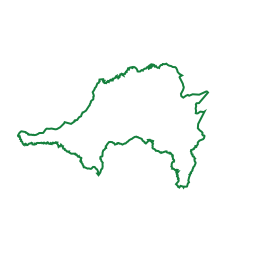 São João d'Aliança, Goiás, Brazil, rotated 218°
{"feature_id": "56859067B77491751884475", "entity_name": "São João d'Aliança", "entity_type": "district", "adm_level": 2, "iso_a3": "BRA", "parent_name": "Brazil", "parent_adm1": "Goiás", "projection": "albers", "projection_center": [-47.424, -14.432], "detail": "fine", "context": "isolated", "style": "outline", "palette": "green", "viewbox_px": 256, "rotation_deg": 218, "n_neighbors": 0, "source": "geoboundaries", "source_scale": "gbopen_adm2", "svg_char_len": 5867}
<svg xmlns="http://www.w3.org/2000/svg" viewBox="0 0 256 256"><g transform="rotate(218 128 128)"><path d="M117.8,202.7L121.0,202.3L123.5,202.8L125.0,204.0L127.1,205.0L128.3,205.0L130.3,203.6L132.1,203.4L133.9,202.5L135.5,202.2L137.4,202.3L138.2,201.0L140.0,199.8L139.9,198.7L140.7,198.0L140.9,197.3L140.9,195.5L140.5,194.6L141.2,194.5L141.5,193.8L143.3,193.5L144.1,194.0L144.8,192.8L145.4,193.0L146.1,193.8L147.0,193.5L147.0,192.0L148.2,192.9L148.8,192.6L149.2,191.8L148.3,190.6L147.3,190.2L147.0,189.6L148.4,188.6L147.8,188.3L148.1,187.6L148.8,188.2L149.0,189.3L149.7,189.7L150.0,188.1L150.5,187.3L150.2,186.6L150.4,185.9L151.4,185.0L152.0,182.9L151.7,182.4L153.0,181.9L153.2,180.1L154.5,178.9L155.3,178.5L155.8,179.0L157.9,180.0L160.3,180.0L161.2,179.3L161.3,178.7L161.8,179.0L162.3,178.4L162.0,177.8L163.0,177.6L163.7,176.7L164.1,175.9L163.6,175.6L163.3,174.7L164.5,174.6L164.1,173.8L164.1,171.9L163.6,171.3L164.2,170.9L163.7,168.9L164.2,168.7L164.2,168.1L164.7,167.4L165.3,167.2L164.1,166.5L165.4,166.3L166.4,166.5L167.1,165.6L166.7,164.6L167.0,163.5L166.7,162.5L166.1,162.7L166.3,161.3L166.8,161.6L167.7,161.1L168.1,161.6L168.7,161.5L169.0,162.1L169.3,161.4L169.0,159.4L169.8,157.9L169.5,156.7L170.1,156.9L170.0,156.3L170.8,156.0L171.3,155.4L170.5,155.0L171.4,154.3L171.6,153.5L172.5,152.9L171.6,152.2L173.0,151.4L172.8,149.9L173.8,149.4L174.1,149.0L175.5,149.0L176.0,149.3L175.3,149.9L175.5,150.6L176.0,150.1L177.0,150.9L177.3,150.4L177.8,151.0L180.3,148.6L179.7,147.6L179.0,147.2L179.2,146.6L178.9,145.5L179.6,144.3L178.5,140.8L178.7,138.9L178.3,138.3L178.0,136.4L177.9,134.5L175.1,132.7L174.5,131.9L174.5,131.0L173.8,130.5L173.0,129.1L173.6,127.1L173.6,126.0L173.0,125.2L172.7,123.2L172.1,122.2L172.3,121.4L171.8,115.8L172.6,113.4L173.4,112.2L173.0,111.5L173.0,110.3L172.2,108.4L173.2,106.3L173.0,103.1L173.7,102.1L174.5,101.6L174.7,100.9L174.1,100.4L175.4,96.2L181.5,93.6L181.2,92.2L181.9,86.8L183.4,83.3L184.5,82.2L187.9,80.5L189.6,78.8L191.6,77.5L192.0,76.3L191.8,72.0L192.8,71.0L194.8,69.5L195.1,68.3L196.2,66.0L197.7,64.5L198.4,64.4L199.2,63.5L200.0,63.3L201.8,61.7L202.6,62.0L203.0,61.5L203.6,61.9L204.2,61.9L205.3,61.4L206.1,61.8L209.9,59.8L210.2,59.3L210.5,57.3L210.1,54.4L209.5,53.9L208.7,53.9L208.3,54.8L206.6,53.6L206.3,52.8L205.0,53.0L204.5,52.5L204.3,51.8L202.9,52.0L201.5,51.0L199.9,50.6L199.3,52.0L198.6,51.4L198.4,52.5L197.1,52.3L196.7,52.7L196.3,54.8L195.3,55.9L195.0,56.8L194.5,56.7L194.0,57.1L193.2,56.3L191.8,57.1L191.3,57.6L191.7,58.4L190.5,58.9L190.7,59.8L190.3,60.4L188.3,61.8L187.0,63.2L186.3,63.1L185.5,64.3L184.9,64.1L184.8,64.9L183.4,65.1L182.7,65.5L182.9,66.3L182.6,67.2L182.0,67.3L181.1,66.8L179.9,67.3L179.8,68.0L179.3,67.7L178.3,68.3L178.9,68.9L177.5,69.9L177.9,70.3L176.0,71.5L176.1,72.3L174.8,73.0L174.7,72.0L173.0,71.8L171.1,70.4L171.0,71.0L170.5,71.4L170.8,71.8L170.1,72.6L170.5,73.6L169.7,73.5L168.6,73.0L168.0,73.5L167.7,72.8L166.4,71.9L165.1,72.6L164.2,71.8L162.6,72.2L161.4,71.9L160.0,73.2L159.7,72.5L157.0,72.8L153.9,75.2L153.5,74.7L152.6,74.8L152.2,75.4L149.9,74.6L149.4,75.0L149.3,75.6L148.5,75.1L146.4,75.7L146.0,75.2L145.9,74.3L145.2,73.7L145.4,73.2L144.2,72.8L144.5,72.3L141.6,71.7L141.3,71.2L139.7,70.7L139.3,70.1L138.6,69.8L137.9,70.4L134.9,71.1L134.0,72.0L132.3,72.8L131.8,73.4L131.6,75.8L130.5,76.6L129.8,76.7L128.3,76.2L126.8,76.3L124.7,75.2L123.9,74.4L123.9,73.7L124.3,73.2L122.2,72.7L122.4,75.8L123.6,78.8L123.3,80.2L124.3,82.1L126.0,84.0L126.5,85.1L128.7,85.6L130.1,86.8L130.8,86.6L131.9,88.1L131.7,88.8L131.0,89.4L130.9,90.2L132.9,93.0L133.7,95.1L133.2,96.6L133.4,98.1L132.9,98.8L134.3,99.9L134.1,100.9L134.4,102.1L134.3,105.2L133.4,106.1L131.6,107.2L130.4,107.1L129.6,107.5L128.1,106.9L126.8,108.8L127.1,109.5L126.1,110.5L125.2,110.3L123.9,111.2L122.2,111.5L121.0,113.9L120.4,114.3L120.0,116.8L119.7,117.3L119.6,118.9L118.8,121.0L118.3,121.6L117.9,123.3L117.2,125.1L116.0,126.4L115.1,126.4L114.7,126.9L113.8,126.9L110.5,127.9L108.6,127.0L106.4,127.2L105.9,126.7L104.4,126.8L103.9,130.7L104.8,131.0L103.5,132.2L102.6,132.1L102.3,131.6L101.4,132.0L101.7,132.6L100.2,133.2L99.9,132.5L100.2,131.3L98.5,130.9L98.2,129.5L97.1,128.6L96.6,127.5L95.8,127.2L93.9,127.7L92.0,127.2L91.5,127.8L90.8,127.9L89.8,128.6L87.8,128.5L87.1,129.2L86.5,128.8L83.9,132.8L83.2,133.3L82.7,132.8L82.0,132.8L80.8,133.4L79.8,134.4L78.9,134.4L78.9,133.8L78.0,134.3L77.1,133.9L76.0,134.1L75.4,133.6L75.6,132.9L73.8,131.8L73.5,131.2L72.0,131.1L71.4,130.5L71.1,129.8L71.6,129.5L71.9,128.0L71.4,126.5L70.3,125.1L70.1,124.3L68.8,124.2L68.4,123.8L68.2,123.1L66.5,124.0L64.8,123.8L63.9,125.1L63.3,125.4L63.2,123.5L62.9,123.1L61.5,124.7L61.4,122.9L61.7,122.2L61.1,121.6L60.0,121.6L59.6,121.2L59.9,120.6L59.6,120.0L58.0,119.9L57.7,119.2L56.9,119.1L57.0,118.4L56.0,118.1L55.6,117.6L55.4,117.0L55.6,113.3L52.9,113.0L52.5,112.5L50.9,112.7L51.0,114.7L48.7,115.7L47.6,115.3L47.8,116.3L46.0,117.6L45.5,118.3L46.7,121.2L46.5,122.8L48.1,123.7L49.6,127.0L50.1,128.8L50.8,129.1L50.4,129.8L51.0,130.8L50.6,131.3L51.2,131.9L51.0,134.1L51.6,134.8L51.9,136.4L52.4,137.1L52.2,138.7L53.0,141.7L53.6,142.5L54.7,142.7L56.2,144.0L56.5,144.4L56.3,145.2L57.0,145.3L58.5,146.0L59.3,145.6L60.0,145.8L60.8,146.9L61.4,146.6L62.3,146.9L63.1,148.0L64.0,148.2L64.7,149.5L63.6,150.9L63.6,151.6L63.2,152.0L63.5,152.4L63.4,153.2L63.2,154.1L62.8,154.6L63.5,154.8L63.8,155.2L62.8,156.3L63.0,158.3L63.9,159.2L64.1,159.8L63.9,162.1L61.9,165.5L61.9,166.9L62.8,168.8L63.6,168.9L64.5,168.3L65.5,168.6L66.2,170.0L67.6,170.4L69.9,170.3L72.8,170.8L75.2,174.4L77.8,188.0L78.1,187.2L81.1,185.4L82.0,182.6L82.6,181.9L83.7,181.4L85.0,183.5L86.8,185.1L87.7,187.2L89.1,188.4L89.2,189.7L87.4,191.3L86.8,205.2L88.1,205.4L88.8,205.0L92.4,198.1L97.8,194.4L99.7,191.1L101.2,190.9L102.2,189.1L103.1,186.0L103.9,185.9L105.7,186.0L107.3,187.5L108.0,191.7L108.9,194.1L109.4,194.7L110.4,195.2L112.0,196.6L118.6,199.7L118.8,200.4L117.8,202.7Z" fill="none" stroke="#15803d" stroke-width="2"/></g></svg>